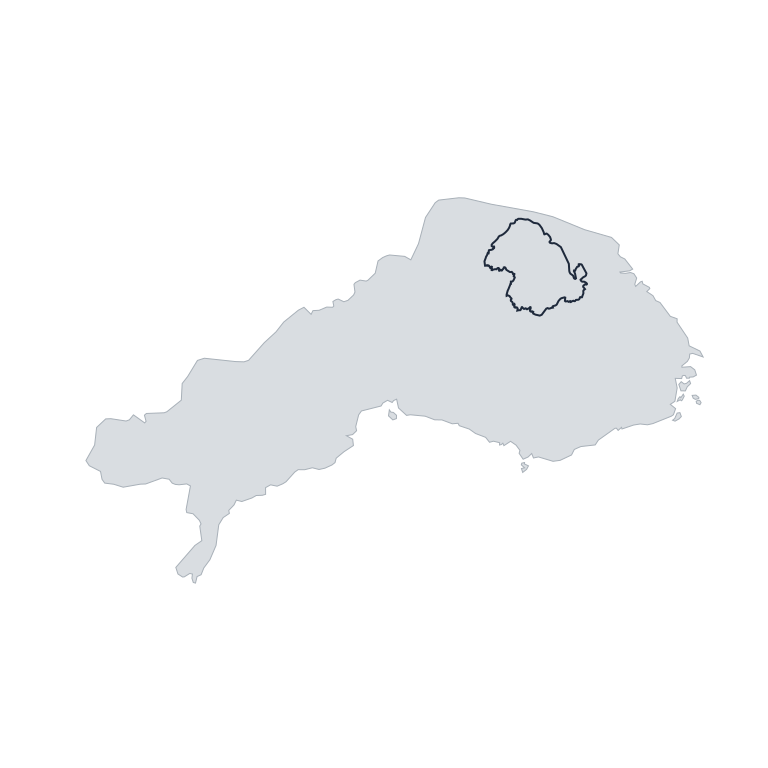 Finland, with Southern Savonia highlighted, rotated 247°
{"feature_id": "FIN-3189", "entity_name": "Southern Savonia", "entity_type": "Province", "adm_level": 1, "iso_a3": "FIN", "parent_name": "Finland", "parent_adm1": "", "projection": "orthographic", "projection_center": [27.591, 61.902], "detail": "fine", "context": "in_parent", "style": "outline", "palette": "slate", "viewbox_px": 768, "rotation_deg": 247, "n_neighbors": 0, "source": "natural_earth", "source_scale": "10m", "svg_char_len": 8268}
<svg xmlns="http://www.w3.org/2000/svg" viewBox="0 0 768 768"><g transform="rotate(247 384 384)"><path d="M339.3,331.8L337.3,320.7L334.4,311.0L330.8,308.2L329.8,304.4L329.6,296.7L330.7,290.8L334.9,285.3L336.1,277.5L338.7,271.5L337.8,267.4L332.3,255.6L331.7,251.9L331.7,245.7L335.5,240.2L334.9,234.5L328.7,231.9L329.1,228.5L331.3,222.8L330.7,217.9L331.4,207.2L334.8,202.7L331.3,198.7L328.3,191.7L325.3,191.1L323.9,183.8L319.0,176.9L301.0,166.3L290.3,155.1L285.1,146.3L279.9,141.1L279.8,136.7L274.4,132.7L275.8,130.9L280.3,131.3L283.9,133.4L285.5,131.2L284.5,124.8L285.0,123.2L289.6,120.1L296.5,120.7L309.3,146.9L311.0,155.1L325.2,158.9L326.7,160.9L330.6,160.8L339.2,157.5L342.7,152.2L345.8,152.8L365.8,166.0L369.1,163.4L371.3,156.0L373.1,152.7L375.5,150.3L380.3,149.0L384.2,143.0L385.1,125.5L387.0,120.6L390.9,103.6L397.3,96.1L401.9,88.2L406.4,87.2L414.3,88.9L423.9,80.8L430.0,79.7L440.9,93.8L456.3,102.5L460.6,114.2L458.8,119.0L450.7,132.1L450.5,135.6L453.5,141.3L441.7,148.5L442.6,150.4L448.9,151.3L449.7,153.8L443.4,170.4L443.3,173.3L448.3,191.1L463.3,198.4L467.6,206.2L478.6,221.5L477.9,228.7L462.6,256.2L459.1,263.8L458.7,268.6L468.8,289.9L474.2,305.0L480.2,315.9L485.4,334.0L485.9,340.3L476.6,344.1L479.3,347.3L477.2,353.1L477.2,361.3L474.7,366.7L475.3,368.2L479.9,369.2L480.4,372.7L480.1,375.0L475.4,379.2L475.1,383.5L477.8,390.8L480.0,393.2L487.5,395.3L488.5,397.2L489.0,402.5L485.7,407.8L485.8,409.8L489.4,419.2L499.6,426.6L500.9,432.2L501.0,436.1L500.6,439.5L493.4,452.9L487.8,457.2L499.7,470.6L521.1,487.3L530.9,502.0L531.9,506.2L526.2,525.6L523.7,531.0L507.5,553.1L484.0,589.0L471.9,604.9L447.8,628.8L430.0,650.7L420.1,654.9L412.5,650.2L408.7,651.3L405.0,654.5L392.6,657.8L392.2,654.3L394.9,644.9L393.8,645.1L391.5,649.5L390.3,654.5L387.9,657.1L382.8,658.0L377.8,653.8L375.5,653.8L377.8,660.0L377.7,661.8L375.0,661.4L369.3,666.0L368.0,666.0L366.4,662.0L360.2,666.1L354.6,666.7L351.2,669.9L334.4,674.0L329.5,679.3L326.4,677.9L307.6,681.5L299.9,679.8L290.9,687.7L284.2,688.3L291.6,680.1L292.1,677.1L288.7,675.3L286.3,672.1L284.3,665.3L283.0,664.8L280.2,673.0L275.6,675.6L270.1,675.1L269.7,671.3L270.9,668.0L270.1,667.4L271.1,664.8L273.9,664.7L274.8,663.4L274.9,661.8L272.7,660.1L275.4,654.3L265.8,652.3L254.4,645.0L253.4,639.6L247.4,642.8L242.6,638.4L242.1,635.9L242.5,616.0L243.5,610.6L247.1,604.2L248.7,597.7L249.6,585.5L251.3,585.7L249.8,581.4L252.5,580.7L253.0,579.3L248.6,559.4L245.4,554.6L249.5,540.8L249.5,537.6L249.4,533.6L245.4,528.9L244.9,516.3L246.8,509.4L256.5,497.7L257.5,492.7L262.3,492.8L260.5,488.1L260.4,482.7L267.4,481.3L269.8,483.2L276.1,481.7L281.8,478.1L280.4,470.3L283.1,470.3L282.4,468.4L282.7,466.5L284.8,467.5L288.6,462.4L289.1,458.4L295.2,456.7L302.7,448.9L309.2,444.9L316.2,437.0L318.9,436.8L320.7,431.3L328.3,423.3L331.2,416.7L338.3,409.3L345.4,396.2L346.3,392.5L356.3,388.0L365.1,389.7L365.0,386.4L363.8,384.3L367.6,380.9L366.9,375.5L364.9,372.7L368.0,352.7L365.5,348.6L355.8,341.3L351.7,340.5L349.7,335.3L351.1,329.2L345.4,333.6L339.3,331.8ZM261.7,654.7L268.4,655.2L270.0,658.5L266.8,660.3L266.4,662.7L267.7,666.6L264.6,666.4L262.9,662.0L259.9,658.7L261.7,654.7ZM354.2,381.5L350.3,383.3L347.3,381.9L347.5,378.1L352.9,375.7L358.1,378.8L355.4,379.4L354.2,381.5ZM252.5,477.5L251.9,480.7L255.9,478.8L257.3,479.9L256.8,482.7L255.6,482.0L252.2,485.0L249.7,481.9L248.4,477.1L252.5,477.5ZM242.7,642.5L242.0,645.2L237.9,645.0L236.6,642.1L236.1,637.4L237.9,635.5L238.6,638.1L242.7,642.5ZM257.7,655.5L255.5,655.6L252.7,652.3L252.4,651.1L253.7,650.6L253.4,647.1L255.6,649.2L256.7,651.5L255.4,651.9L257.7,655.5ZM251.9,666.8L248.7,668.6L247.6,668.0L248.2,664.6L250.1,663.1L253.1,663.2L251.9,666.8ZM245.6,668.2L242.9,668.6L241.5,666.7L244.1,664.2L246.1,664.6L246.4,666.3L245.6,668.2Z" fill="#d9dde1" stroke="#a8b0b8" stroke-width="1"/><path d="M449.7,529.1L450.0,528.9L450.1,528.1L448.5,527.6L448.9,527.2L451.7,526.9L452.3,526.6L452.7,526.0L452.1,526.0L452.2,525.8L452.4,525.6L452.8,524.9L453.1,524.0L453.4,523.2L457.6,524.4L458.1,524.8L460.5,527.1L461.0,527.4L461.7,528.2L461.9,528.7L462.7,529.5L463.8,530.4L464.1,530.7L463.4,531.3L463.7,531.6L466.0,532.7L466.2,533.1L466.0,533.5L465.8,534.4L465.5,535.5L465.5,536.1L465.5,536.9L465.7,537.1L466.0,537.1L466.1,537.3L466.0,538.2L466.0,538.3L466.3,538.6L467.2,539.0L467.6,539.0L467.7,538.7L468.2,537.5L468.9,537.0L470.1,537.5L471.0,539.0L472.0,542.1L472.8,544.0L473.2,545.0L474.3,546.6L474.9,547.2L475.2,548.7L475.0,549.9L475.3,552.3L475.9,554.4L476.5,556.0L477.5,558.2L479.0,560.3L480.7,562.0L481.6,562.5L482.2,563.4L481.7,564.6L481.3,565.7L481.2,566.4L481.4,567.4L483.3,569.2L483.5,569.7L483.0,570.7L483.4,571.2L483.6,572.2L482.5,574.8L480.1,578.4L479.3,580.8L477.4,582.4L473.9,584.7L472.0,587.8L471.3,588.5L469.7,589.3L465.8,590.2L461.2,590.3L459.6,590.0L459.1,590.1L459.0,590.5L459.1,591.9L458.9,592.5L457.2,593.5L454.4,594.3L451.8,594.1L451.1,593.7L450.3,592.0L449.8,591.8L449.1,592.0L448.5,592.7L447.8,593.7L447.7,594.0L447.6,594.5L447.4,595.1L447.1,595.8L445.5,597.5L440.9,600.3L422.4,601.1L415.6,598.7L414.1,598.5L412.7,598.7L410.1,600.3L409.5,600.4L407.4,600.2L406.5,600.5L406.0,601.1L406.2,602.0L411.0,603.0L413.8,602.9L414.2,603.3L413.9,603.6L413.4,603.8L413.8,604.4L414.9,605.4L416.4,607.6L416.5,608.5L416.2,609.0L416.5,609.6L417.2,610.0L418.0,610.0L418.0,610.4L418.1,610.5L417.9,610.8L417.6,610.9L417.4,611.2L417.4,611.6L417.4,611.9L416.9,612.5L416.4,612.7L413.0,613.0L406.8,613.6L405.1,612.4L404.7,611.6L404.6,611.2L404.5,610.4L404.5,610.0L404.4,609.1L404.2,608.2L403.8,607.7L403.6,607.0L403.5,606.4L403.1,605.6L402.1,605.7L401.5,605.9L401.0,606.2L400.6,606.7L400.2,607.8L399.9,608.3L399.1,609.0L398.1,609.7L397.1,610.0L396.6,609.8L396.4,609.3L396.5,609.0L397.2,607.7L397.0,607.1L396.8,606.8L396.6,606.1L396.3,605.6L395.6,605.3L392.8,606.1L392.4,604.5L391.8,603.8L389.6,603.0L388.8,602.3L387.2,600.7L386.8,600.5L386.5,600.1L386.9,599.2L387.1,598.8L387.3,598.6L387.2,598.2L386.3,597.5L385.8,596.8L385.6,596.0L385.7,595.6L386.2,594.2L386.4,593.6L386.3,593.3L386.2,593.1L385.8,592.4L385.7,592.2L385.9,591.5L386.2,591.1L386.6,590.9L386.7,590.4L386.7,589.8L386.6,589.0L386.5,588.4L386.4,588.0L386.5,587.7L387.4,588.0L387.6,587.8L387.5,587.5L387.6,586.6L387.6,585.9L387.9,585.8L388.6,585.3L388.7,584.9L388.7,584.6L388.8,584.2L389.1,583.3L389.8,583.0L392.7,584.6L393.2,584.1L393.6,581.3L393.6,580.4L393.4,579.5L392.5,577.6L392.1,576.9L389.7,574.1L389.5,573.6L389.3,572.6L389.6,570.4L389.6,569.8L389.3,569.3L388.5,569.3L388.3,569.3L388.7,567.5L388.7,566.0L389.1,564.9L389.9,564.4L390.0,562.9L386.1,556.2L386.1,554.1L388.7,550.5L390.5,548.9L391.2,548.9L392.0,549.6L392.6,549.2L393.0,548.8L393.2,548.5L393.2,548.2L392.9,548.0L393.4,547.3L393.9,547.0L394.3,547.0L395.0,547.2L395.3,547.4L396.0,548.3L396.8,548.8L397.5,548.9L397.7,548.6L397.5,548.3L397.2,547.7L397.2,547.2L397.1,546.4L397.0,545.7L396.8,545.4L397.0,544.7L397.8,544.4L398.2,544.1L398.4,543.8L398.4,543.3L398.2,543.2L398.3,542.5L398.6,542.0L399.5,541.6L400.8,541.2L400.9,540.8L398.9,538.8L398.7,538.2L398.9,537.8L399.1,537.4L399.3,536.6L399.5,535.4L401.1,536.5L401.9,536.5L402.5,536.3L402.9,535.7L402.6,535.6L402.8,535.0L403.1,534.5L403.6,534.1L404.2,534.0L406.1,535.3L406.6,535.3L406.4,534.7L406.4,533.8L406.7,533.6L407.1,533.7L408.4,534.2L409.4,534.1L410.9,533.3L411.4,533.4L411.9,533.6L412.5,534.4L412.6,534.7L413.1,534.7L414.6,534.1L415.2,534.1L416.0,533.8L417.1,532.8L417.3,532.6L417.4,532.3L417.2,531.5L417.2,531.3L418.1,531.6L418.2,531.8L419.1,532.3L419.7,532.9L419.8,533.0L420.3,533.2L421.1,534.0L421.6,534.3L422.5,535.4L426.1,539.0L426.7,539.4L426.7,539.6L426.6,540.0L427.9,540.4L428.7,540.8L428.2,542.2L428.7,543.5L430.8,545.9L431.1,545.8L432.1,545.7L432.5,545.5L433.2,546.1L433.9,546.8L434.4,547.0L434.7,546.6L434.8,546.0L434.2,546.0L434.6,545.7L436.3,545.8L437.3,545.4L437.4,544.7L437.9,543.6L441.2,541.3L442.0,541.2L443.0,541.3L444.0,541.0L444.4,540.6L444.5,539.8L444.3,539.7L443.5,539.2L443.3,538.7L443.3,538.2L443.0,537.6L442.7,537.3L442.5,537.2L442.4,536.7L442.6,536.5L442.9,536.1L443.3,536.0L443.5,536.0L443.7,535.9L443.8,535.6L443.7,535.3L443.3,534.9L443.1,534.6L443.4,534.2L445.4,535.0L446.0,534.8L446.3,534.0L446.1,533.3L445.6,532.5L445.9,531.9L446.1,531.5L446.4,530.7L446.7,528.5L446.7,528.4L446.5,528.2L446.7,527.8L447.2,528.3L449.4,528.8L449.7,529.1Z" fill="none" stroke="#1e293b" stroke-width="2"/></g></svg>